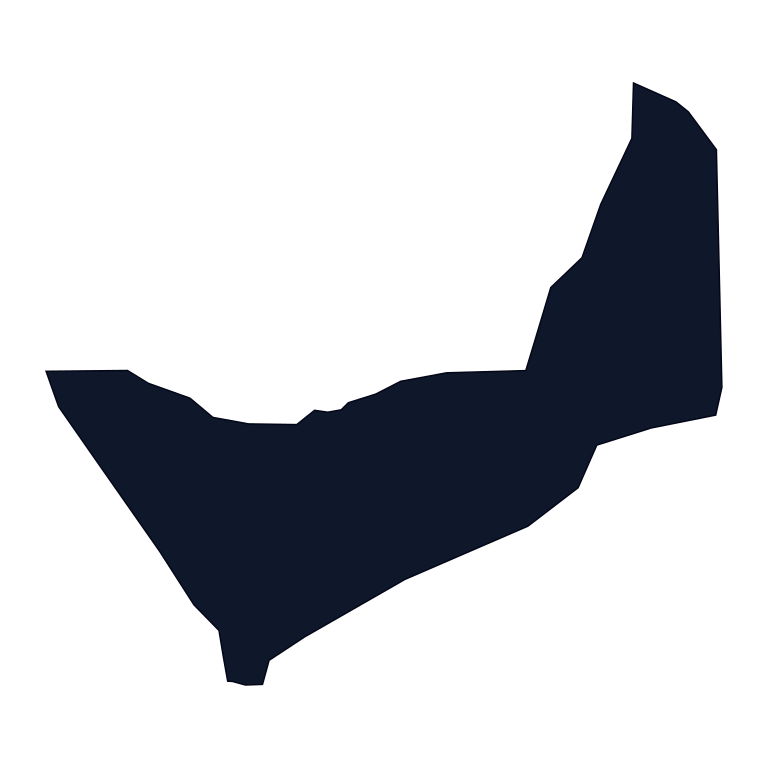 the Prefecture of Koubia
{"feature_id": "GIN-5645", "entity_name": "Koubia", "entity_type": "Prefecture", "adm_level": 1, "iso_a3": "GIN", "parent_name": "Guinea", "parent_adm1": "", "projection": "orthographic", "projection_center": [-11.818, 11.71], "detail": "fine", "context": "isolated", "style": "filled", "palette": "ink", "viewbox_px": 768, "rotation_deg": 0, "n_neighbors": 0, "source": "natural_earth", "source_scale": "10m", "svg_char_len": 656}
<svg xmlns="http://www.w3.org/2000/svg" viewBox="0 0 768 768"><path d="M633.5,83.0L676.0,101.9L688.4,111.9L716.4,149.7L721.9,387.4L715.7,415.1L651.1,428.0L596.8,445.1L578.1,487.7L528.0,526.1L404.9,579.4L304.6,636.9L269.1,660.3L262.5,684.4L245.4,685.0L232.3,681.4L227.7,681.2L223.2,656.0L219.0,630.5L194.0,604.9L159.7,551.4L100.2,466.3L58.6,406.6L46.1,371.3L127.5,370.5L148.3,383.3L190.0,398.2L212.9,417.4L248.4,423.9L296.7,424.6L314.6,410.3L327.8,412.2L341.2,409.8L348.4,402.7L375.7,394.1L400.7,381.3L446.6,372.8L525.8,370.6L534.2,342.9L550.8,287.5L582.0,257.7L600.7,204.4L631.9,138.3L633.5,83.0Z" fill="#0f172a" stroke="#020617" stroke-width="1.5"/></svg>